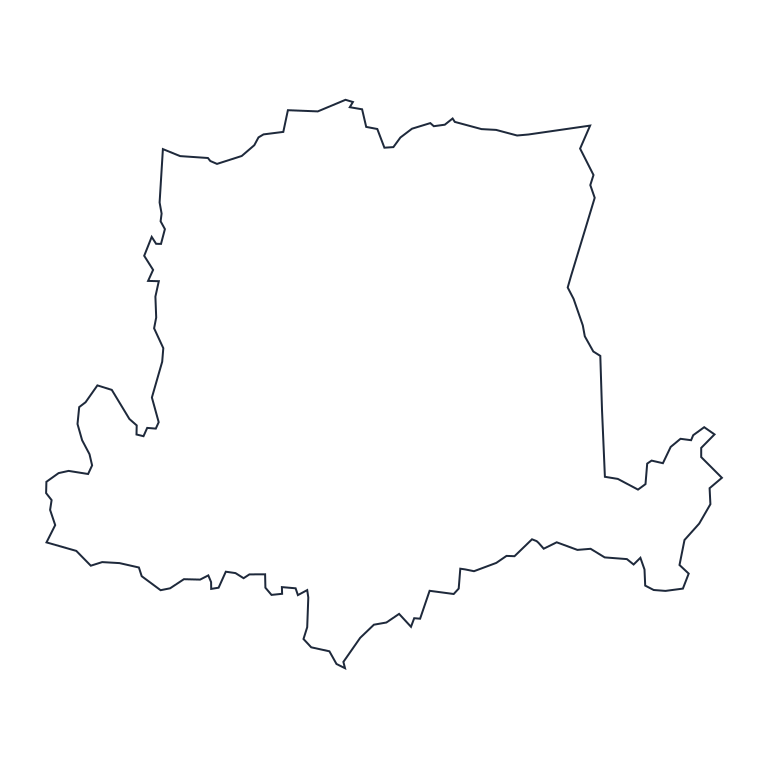 the district of Barranquitas, Puerto Rico
{"feature_id": "32010507B21184218191895", "entity_name": "Barranquitas", "entity_type": "district", "adm_level": 2, "iso_a3": "PRI", "parent_name": "Puerto Rico", "parent_adm1": "", "projection": "robinson", "projection_center": [-66.311, 18.201], "detail": "fine", "context": "isolated", "style": "outline", "palette": "slate", "viewbox_px": 768, "rotation_deg": 0, "n_neighbors": 0, "source": "geoboundaries", "source_scale": "gbopen_adm2", "svg_char_len": 2208}
<svg xmlns="http://www.w3.org/2000/svg" viewBox="0 0 768 768"><path d="M162.9,149.1L159.6,202.5L161.6,213.6L160.6,221.3L164.9,229.1L161.0,243.9L156.1,243.8L151.7,236.9L144.2,255.8L153.1,269.9L148.1,280.9L158.8,281.2L155.4,296.6L156.2,317.5L154.1,328.3L163.3,348.2L162.2,361.7L151.9,397.5L158.7,422.2L155.8,428.6L147.2,427.9L143.5,436.2L136.5,434.5L136.7,425.4L129.4,419.0L111.8,389.9L97.4,385.4L85.6,402.2L79.2,407.1L77.5,424.0L82.1,440.2L89.5,454.2L92.1,465.4L88.1,474.0L68.6,470.9L58.6,473.1L46.4,481.8L46.1,493.1L51.6,500.1L50.1,509.9L55.2,525.1L46.5,542.4L76.3,550.9L90.8,565.7L102.2,562.1L119.5,563.1L138.9,567.5L141.7,576.2L160.6,590.2L170.1,588.3L183.9,579.2L200.1,579.6L208.3,575.4L211.1,582.1L211.2,588.9L218.6,587.7L225.8,571.7L235.5,573.1L243.6,578.2L249.4,574.4L265.1,574.3L265.4,587.7L271.5,594.9L282.1,593.8L281.9,587.1L295.6,588.3L297.9,595.1L307.2,590.1L308.3,597.5L307.2,627.2L303.5,639.0L311.2,647.3L329.4,651.3L336.5,664.0L345.0,668.2L343.4,661.9L360.2,637.8L373.9,624.7L386.4,622.5L399.1,613.9L411.0,626.8L414.2,618.2L420.1,618.7L429.6,590.8L453.7,594.0L458.7,588.6L460.3,568.7L465.1,569.4L474.0,571.2L496.3,562.9L506.5,555.9L514.5,556.2L532.0,539.3L536.6,541.1L538.5,542.8L543.7,548.7L556.7,542.3L577.4,549.9L590.6,548.8L604.7,557.4L626.9,559.1L633.6,564.5L640.4,557.8L644.5,569.5L645.2,585.6L653.7,590.0L665.5,590.9L682.9,588.6L688.7,573.6L679.5,565.0L684.5,540.0L699.2,523.6L710.4,504.2L709.6,488.2L721.9,477.8L701.2,457.1L701.2,447.9L714.5,434.4L704.2,427.2L693.2,435.2L691.1,440.2L680.5,438.8L670.7,446.9L662.9,463.2L651.6,460.6L647.2,463.6L645.5,484.1L638.0,489.6L617.8,478.9L604.9,476.8L602.0,409.7L600.3,355.9L593.3,351.5L584.8,336.3L582.8,325.4L573.6,298.9L567.7,287.5L570.9,276.4L585.5,228.3L594.7,197.8L590.3,185.1L593.5,175.0L580.1,148.6L590.1,125.6L528.4,134.5L517.1,135.5L496.1,129.9L481.5,129.1L454.8,121.9L452.6,118.5L444.8,124.7L433.8,126.2L430.3,123.1L412.0,128.7L400.4,137.5L393.4,147.1L384.4,147.7L377.3,129.0L366.2,126.9L362.1,109.3L349.8,107.2L352.9,102.0L345.5,99.8L317.8,111.4L287.9,110.2L283.3,131.9L263.5,134.4L258.5,137.4L254.3,145.2L241.7,156.0L217.0,163.9L210.3,161.0L207.9,158.0L180.1,156.1L162.9,149.1Z" fill="none" stroke="#1e293b" stroke-width="2"/></svg>